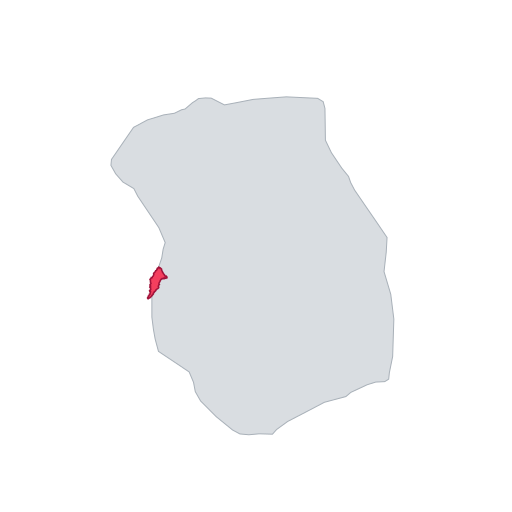 Qacha's Nek, Qacha's Nek, Lesotho shown in context, rotated 114°
{"feature_id": "5366337B29714874400852", "entity_name": "Qacha's Nek", "entity_type": "district", "adm_level": 2, "iso_a3": "LSO", "parent_name": "Lesotho", "parent_adm1": "Qacha's Nek", "projection": "mercator", "projection_center": [28.688, -30.097], "detail": "fine", "context": "in_parent", "style": "filled", "palette": "rose", "viewbox_px": 512, "rotation_deg": 114, "n_neighbors": 0, "source": "geoboundaries", "source_scale": "gbopen_adm2", "svg_char_len": 5119}
<svg xmlns="http://www.w3.org/2000/svg" viewBox="0 0 512 512"><g transform="rotate(114 256 256)"><path d="M330.5,336.8L317.5,340.9L315.7,341.3L307.4,340.3L296.2,341.3L287.5,343.6L280.7,344.4L269.6,356.3L249.5,388.3L244.1,395.0L242.6,407.6L238.0,417.6L232.2,425.4L226.6,427.3L209.8,424.2L188.3,420.2L175.8,410.5L164.7,397.8L158.8,388.6L152.7,383.5L150.6,380.6L141.8,376.4L138.5,374.2L135.6,372.6L132.1,366.4L130.0,361.1L130.8,346.3L124.7,337.4L114.1,322.3L107.4,310.0L98.3,293.1L92.7,278.7L86.9,263.8L87.7,257.4L93.2,253.0L109.4,245.5L122.0,239.7L131.0,229.1L140.9,213.3L145.7,203.8L150.4,199.4L155.7,192.7L164.8,177.9L174.9,161.4L185.8,143.8L199.5,138.6L218.2,132.7L236.2,117.3L257.6,104.4L292.2,90.3L308.4,86.7L314.5,84.7L318.4,87.3L322.5,95.4L328.4,102.1L342.0,113.9L347.8,116.7L361.9,134.1L377.0,146.0L394.3,159.8L406.1,166.6L412.1,168.5L417.1,180.7L422.2,189.8L425.1,198.3L424.5,206.6L419.0,226.9L411.0,247.6L404.6,256.3L396.8,261.7L389.1,269.9L386.2,286.6L382.8,306.3L372.8,314.4L365.0,319.7L354.3,326.2L330.5,336.8Z" fill="#d9dde1" stroke="#a8b0b8" stroke-width="1"/><path d="M305.7,340.3L306.2,340.3L306.4,340.4L306.7,340.6L307.0,341.0L307.6,340.9L307.9,340.8L308.0,340.9L308.0,341.0L308.2,340.9L308.3,340.9L308.5,341.1L308.8,341.1L309.2,341.1L309.5,341.0L309.9,341.3L310.0,341.4L310.2,341.5L310.3,341.7L310.5,341.7L310.8,341.7L311.1,341.7L311.5,341.7L311.9,341.9L312.1,341.9L312.7,342.2L313.4,342.5L313.6,342.5L313.7,342.4L313.8,342.3L314.0,342.1L314.3,342.0L314.4,341.9L314.5,341.8L314.8,341.8L315.1,341.9L315.3,341.9L315.5,341.8L315.7,341.7L315.8,341.7L316.3,341.8L316.5,341.9L316.8,342.1L317.1,342.2L317.5,342.2L317.9,342.2L318.0,342.1L318.2,342.5L318.5,342.7L318.5,342.8L318.7,342.7L318.9,342.7L319.1,342.7L319.3,342.9L319.4,343.0L319.6,343.0L319.9,343.2L320.0,343.2L320.2,343.3L320.4,343.3L320.6,343.3L320.7,342.9L320.8,342.7L321.0,342.7L321.5,342.5L321.5,342.4L321.8,342.3L322.1,342.2L322.3,341.9L322.5,341.8L322.6,341.7L323.1,341.4L323.3,341.5L323.5,341.5L323.6,341.4L323.8,341.3L323.7,341.3L323.7,341.1L323.9,340.7L324.0,340.7L324.5,340.9L324.8,341.0L325.0,341.1L325.3,341.0L325.4,340.9L325.7,341.1L325.9,340.9L326.0,340.8L326.0,340.7L325.9,340.6L326.0,340.5L326.1,340.3L326.1,340.2L326.4,340.0L326.6,340.1L326.8,340.4L327.0,340.4L326.9,340.1L327.0,340.0L327.1,339.9L327.5,339.9L327.5,339.7L327.8,339.6L328.0,339.7L328.0,339.3L328.2,339.2L328.3,339.1L328.6,339.1L328.8,339.2L328.9,339.4L328.9,339.2L329.0,339.0L329.0,338.9L329.2,338.7L329.4,338.8L329.5,338.7L329.6,338.8L330.0,338.7L330.3,338.6L330.5,338.8L330.6,339.0L330.8,339.2L331.0,339.2L331.3,338.9L331.2,338.8L331.1,338.6L331.4,338.3L331.5,338.3L331.5,338.2L331.8,338.1L332.0,338.1L332.1,337.9L332.0,337.7L332.4,337.7L332.5,337.6L332.8,337.6L333.1,337.5L333.4,337.4L333.6,337.4L333.8,337.4L333.9,337.5L334.1,337.4L334.2,337.6L334.3,337.5L334.5,337.6L334.9,337.7L335.2,337.8L335.3,337.8L335.5,337.8L335.6,337.7L335.9,337.7L336.2,337.7L336.3,337.8L336.5,338.0L336.6,337.9L336.8,337.9L337.0,337.9L337.4,337.9L337.7,338.0L337.8,338.0L338.1,338.1L338.3,338.1L338.5,338.0L338.5,337.9L338.6,337.7L338.9,337.5L338.9,337.4L339.0,337.3L339.0,337.2L338.9,337.2L338.6,337.0L338.2,336.8L337.9,336.5L337.8,336.4L337.7,336.2L337.4,336.1L337.3,335.9L337.2,335.8L336.6,335.7L336.4,335.5L336.1,335.4L335.7,335.3L334.9,335.1L334.5,335.1L334.5,334.9L334.4,334.9L333.9,334.7L332.5,334.3L332.2,334.6L331.8,334.5L331.6,334.6L331.4,334.5L331.0,334.3L330.7,334.3L330.3,334.1L330.0,334.2L329.9,334.3L329.8,334.2L329.4,333.9L328.8,333.6L328.5,333.5L328.4,333.6L328.1,333.7L327.8,333.7L327.7,333.6L327.5,333.4L327.2,333.3L326.9,333.2L326.7,333.1L326.4,333.0L326.2,332.8L326.0,332.7L325.7,332.4L325.1,332.2L324.8,332.0L324.5,332.0L324.1,332.1L324.1,332.3L323.9,332.5L323.6,332.6L323.5,332.8L323.4,333.0L323.2,333.0L322.8,333.0L322.7,333.0L322.4,333.1L322.2,333.1L321.9,333.0L321.9,332.9L321.5,332.6L321.3,332.6L321.2,332.8L321.2,333.0L321.0,333.3L320.9,333.4L319.9,333.6L319.1,333.5L318.6,333.3L318.4,333.3L318.1,333.4L317.8,333.5L317.6,333.5L317.3,333.4L316.9,333.4L316.7,333.4L316.3,333.2L316.1,333.1L315.8,333.2L315.6,333.0L315.4,332.9L315.2,332.8L314.7,332.6L314.7,332.4L314.7,332.2L314.8,332.2L314.7,332.1L314.7,331.8L314.7,331.7L314.2,331.6L313.9,331.4L313.7,331.3L313.7,331.2L314.0,330.9L314.0,330.7L313.8,330.6L313.5,330.4L313.6,330.2L313.4,330.1L313.2,330.2L313.2,329.8L313.1,329.7L313.0,329.3L313.0,329.2L312.8,329.1L312.6,329.1L312.3,329.2L312.2,329.1L312.3,328.8L312.2,328.5L311.7,328.6L311.4,328.8L311.2,329.2L311.0,329.7L310.9,329.8L311.0,329.9L311.0,330.0L311.3,330.3L311.3,330.5L311.3,330.8L311.2,330.8L311.1,331.1L311.0,331.3L310.9,331.4L310.9,331.5L310.7,331.5L310.4,332.1L310.2,332.5L310.0,332.8L310.0,333.0L309.7,333.5L309.4,333.9L309.2,334.0L309.0,334.4L308.9,334.8L308.7,334.9L308.3,335.1L308.2,335.3L308.1,335.5L307.9,335.7L307.7,336.0L307.5,336.3L307.3,336.4L307.3,336.5L307.1,336.7L306.8,336.8L306.4,336.9L306.2,337.3L306.2,337.5L306.1,337.8L306.1,338.0L305.8,338.4L305.8,338.7L305.8,338.8L305.8,339.0L306.0,339.4L306.0,339.5L305.9,339.7L306.0,339.7L305.8,339.9L305.7,340.2L305.7,340.3Z" fill="#f43f5e" stroke="#9f1239" stroke-width="1.5"/></g></svg>